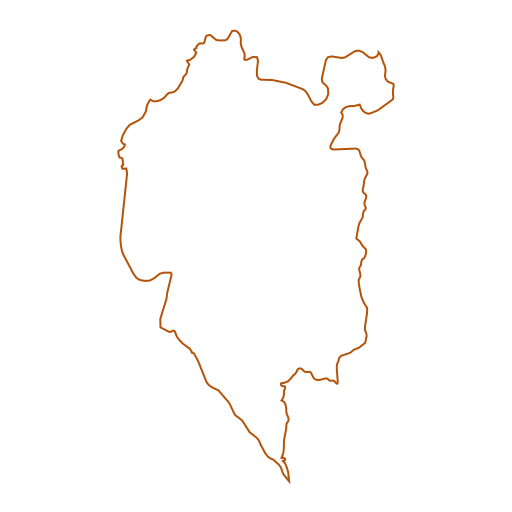 the border of Denguélé
{"feature_id": "CIV-3437", "entity_name": "Denguélé", "entity_type": "Region", "adm_level": 1, "iso_a3": "CIV", "parent_name": "Ivory Coast", "parent_adm1": "", "projection": "equal_earth", "projection_center": [-7.217, 9.491], "detail": "fine", "context": "isolated", "style": "outline", "palette": "amber", "viewbox_px": 512, "rotation_deg": 0, "n_neighbors": 0, "source": "natural_earth", "source_scale": "10m", "svg_char_len": 5134}
<svg xmlns="http://www.w3.org/2000/svg" viewBox="0 0 512 512"><path d="M123.0,168.9L122.3,168.5L121.6,166.4L122.1,165.6L123.0,165.3L123.3,164.7L123.0,163.5L122.6,159.4L122.0,158.1L121.0,157.8L120.0,157.7L119.4,157.2L118.8,155.3L118.3,153.0L118.4,150.9L122.1,149.0L124.2,146.8L124.9,144.5L122.7,143.5L121.1,140.9L122.9,135.1L126.4,128.8L129.7,124.8L138.5,120.4L142.5,117.4L145.8,111.7L146.4,108.3L147.2,105.2L148.5,102.3L150.3,99.7L153.5,101.3L157.2,101.2L160.8,99.9L163.9,98.0L167.1,94.4L168.7,93.0L173.2,92.2L174.9,91.3L176.4,90.0L178.0,88.2L182.2,81.1L182.8,79.4L183.5,76.8L184.6,75.6L185.9,74.5L186.8,72.6L187.2,69.3L189.2,64.6L186.9,60.7L190.4,59.7L194.2,56.7L196.2,52.8L194.1,49.4L195.7,48.3L196.5,48.0L196.5,46.4L198.9,43.8L200.4,43.3L202.4,43.6L204.0,43.0L204.9,40.5L205.5,37.7L206.5,35.7L210.1,34.9L216.3,40.0L220.3,40.5L222.1,40.3L225.2,40.3L226.7,39.6L228.1,37.9L232.2,30.9L234.7,30.7L236.7,31.3L238.3,32.7L239.8,34.8L240.7,37.5L240.9,40.2L240.7,42.6L240.9,44.7L241.6,47.0L244.5,53.5L244.7,56.0L244.3,58.2L244.5,59.7L246.7,59.8L248.3,59.2L253.0,56.9L257.0,57.2L258.0,60.8L256.9,70.3L257.0,75.9L258.5,78.7L261.3,79.7L272.2,80.0L285.9,82.8L302.9,89.2L305.8,91.4L308.6,95.9L311.2,101.1L314.3,104.8L318.6,104.6L322.6,102.7L326.2,99.1L328.3,94.2L327.9,88.3L326.3,85.7L324.0,83.8L322.2,81.7L321.8,78.6L325.9,60.1L328.0,57.2L331.9,56.4L341.6,58.0L345.0,57.4L355.1,51.1L358.9,50.6L362.7,52.2L369.2,57.4L373.0,57.9L377.0,56.2L378.5,53.4L378.6,52.3L380.7,55.0L383.6,63.3L384.8,65.7L385.5,69.5L385.5,71.3L385.1,74.3L385.0,75.7L385.2,77.2L385.6,78.8L387.0,80.7L388.1,81.8L393.5,83.9L393.7,85.4L393.0,90.4L392.9,93.3L393.3,97.3L393.2,98.5L392.7,99.3L392.0,100.0L378.0,110.2L371.1,113.1L369.2,113.6L368.1,113.6L366.8,113.3L365.4,112.7L363.5,111.4L361.5,108.9L359.7,104.6L353.3,106.2L350.9,105.9L346.3,106.9L343.2,109.0L341.2,112.4L342.5,114.6L342.7,115.7L342.6,117.5L342.0,119.4L340.6,122.5L339.8,124.7L339.5,127.7L339.5,129.5L339.0,131.5L338.6,132.8L335.0,137.4L333.6,139.5L330.6,145.5L330.4,146.6L330.4,147.7L331.3,148.8L332.3,149.2L333.4,149.5L355.4,148.6L356.4,148.7L357.4,149.0L358.3,149.5L359.0,150.3L359.6,151.6L360.9,156.0L361.7,157.4L362.4,158.4L363.1,159.0L363.7,159.7L364.3,160.9L364.7,162.3L365.8,168.1L366.2,169.1L367.2,171.0L367.4,172.2L367.4,173.6L366.3,175.8L365.5,177.0L364.8,178.6L364.2,180.9L363.7,185.4L362.8,189.1L362.7,191.2L363.4,192.6L365.0,194.0L365.8,194.8L366.2,195.8L366.2,197.1L365.9,198.7L365.0,200.7L364.5,202.2L364.5,204.5L365.0,205.8L365.5,207.0L365.8,207.9L365.6,209.1L364.4,210.3L363.6,211.6L363.1,213.2L362.8,215.9L362.5,217.8L359.9,222.2L359.4,223.2L358.3,227.2L356.3,238.6L359.4,241.0L360.5,242.4L362.0,245.2L364.4,247.9L365.4,248.7L365.9,249.4L366.1,250.9L366.0,252.8L365.3,255.9L364.6,257.4L363.8,258.4L363.0,258.9L362.2,259.4L361.7,260.3L361.4,261.6L361.0,264.4L360.6,265.6L360.1,266.6L359.6,267.3L359.2,268.1L359.1,269.0L359.4,270.6L360.1,273.2L360.4,274.9L360.2,276.9L358.7,279.9L358.8,282.9L359.4,287.3L361.4,296.9L363.9,302.9L364.5,303.7L365.0,304.6L366.1,306.5L366.8,307.2L367.2,309.6L367.0,313.4L365.0,326.6L364.9,329.8L366.3,333.1L366.5,334.9L366.6,336.2L365.2,342.8L358.9,347.8L354.6,349.4L353.0,350.4L350.9,352.3L348.8,353.3L341.9,355.5L340.1,356.7L339.1,358.1L338.8,359.5L338.4,361.2L337.3,363.5L336.9,365.2L336.8,366.8L336.9,370.1L336.9,370.3L337.7,380.7L337.7,382.1L337.4,383.6L336.8,383.6L336.1,383.2L334.9,381.6L334.0,381.0L333.0,380.6L331.0,380.7L329.7,380.6L328.7,380.0L328.1,379.2L327.1,378.7L326.0,378.3L321.1,379.6L318.2,380.0L317.1,379.9L316.2,379.7L315.2,379.3L314.4,378.7L313.7,378.0L313.2,377.1L311.2,373.3L310.7,372.4L309.9,371.9L309.0,371.8L305.9,372.1L304.9,371.8L304.1,371.3L303.5,370.8L303.1,370.2L302.9,370.0L302.5,369.6L301.6,368.9L300.0,368.4L298.9,368.5L298.1,369.0L297.6,369.6L297.3,370.2L297.2,370.2L297.0,371.1L295.4,373.6L293.3,375.4L290.5,378.8L288.1,381.3L283.7,383.0L281.4,383.1L281.1,383.5L280.9,384.5L281.3,385.5L282.1,386.0L283.4,386.1L285.1,386.7L285.1,388.1L284.0,390.8L284.0,393.9L283.6,396.4L282.8,398.5L281.5,400.5L284.0,401.8L285.5,404.5L286.2,408.2L286.4,412.4L286.7,413.7L288.3,417.8L288.6,419.6L288.2,421.3L286.7,423.2L286.4,425.2L286.1,429.2L284.0,440.4L283.8,449.1L283.2,453.6L281.5,457.9L283.9,458.0L285.2,458.9L284.9,460.1L282.8,461.1L285.1,463.3L286.9,467.7L288.2,472.5L289.1,481.3L283.5,474.4L282.0,470.9L281.3,468.6L280.9,467.4L279.9,466.0L278.3,464.1L273.9,460.2L272.7,459.3L270.8,458.6L269.2,457.6L267.7,456.4L265.3,453.3L260.7,444.8L259.0,440.7L258.1,439.5L257.0,438.1L253.1,434.9L251.1,433.5L249.7,432.3L242.1,420.4L235.7,415.5L235.1,414.9L234.5,414.0L229.7,403.9L228.5,402.1L218.4,390.3L213.0,387.9L209.8,385.8L208.4,384.5L207.1,383.0L206.0,380.8L198.2,361.3L193.9,353.3L191.9,352.7L192.1,352.4L189.9,348.9L182.7,343.5L178.9,339.5L177.0,336.9L174.6,331.0L173.2,330.6L171.4,331.6L169.3,332.0L160.5,327.4L160.3,318.9L166.5,298.7L167.1,293.3L171.6,274.7L170.7,272.7L163.6,272.7L159.9,273.7L153.4,278.7L149.8,280.5L146.6,280.9L142.8,280.6L139.0,279.6L136.2,277.6L133.3,273.5L123.2,254.4L121.9,250.7L121.1,246.6L120.5,241.3L120.4,236.2L120.7,234.0L127.1,173.5L126.3,168.5L123.0,168.9Z" fill="none" stroke="#b45309" stroke-width="2"/></svg>